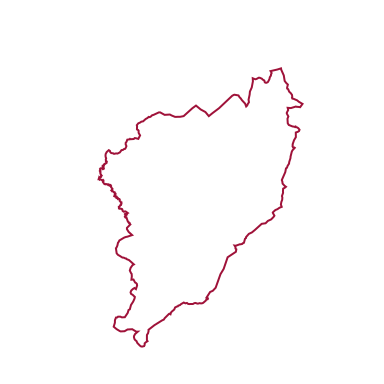 Upper West Akim, Eastern, Ghana, rotated 316°
{"feature_id": "2480657B98999442599484", "entity_name": "Upper West Akim", "entity_type": "district", "adm_level": 2, "iso_a3": "GHA", "parent_name": "Ghana", "parent_adm1": "Eastern", "projection": "mercator", "projection_center": [-0.558, 5.807], "detail": "fine", "context": "isolated", "style": "outline", "palette": "rose", "viewbox_px": 384, "rotation_deg": 316, "n_neighbors": 0, "source": "geoboundaries", "source_scale": "gbopen_adm2", "svg_char_len": 6031}
<svg xmlns="http://www.w3.org/2000/svg" viewBox="0 0 384 384"><g transform="rotate(316 192 192)"><path d="M129.3,279.9L129.8,278.6L129.3,278.0L135.6,276.5L138.3,277.5L142.5,277.3L155.4,270.9L161.4,269.3L172.3,263.7L182.0,265.5L184.1,264.0L184.0,262.9L185.0,261.8L185.4,260.1L186.1,261.0L190.2,262.9L190.6,263.4L192.2,264.3L192.8,264.1L194.1,264.6L197.6,262.5L198.9,262.6L199.5,262.0L203.8,261.6L207.0,262.7L210.8,263.0L220.0,263.3L223.2,265.6L226.5,265.5L229.9,266.7L233.3,266.6L234.8,266.3L235.7,263.0L236.4,262.8L239.5,262.9L241.5,263.7L244.0,264.1L246.2,265.0L247.2,262.8L249.4,261.2L251.4,260.3L253.1,258.8L253.9,257.4L256.9,255.9L258.0,254.6L259.9,252.9L261.7,253.4L263.2,253.5L262.9,251.8L263.0,248.9L264.2,247.3L264.9,245.8L272.9,242.5L276.0,240.3L277.2,240.5L278.9,239.6L281.5,239.0L282.7,238.0L286.4,236.0L287.5,235.0L291.8,232.3L293.3,231.8L296.6,231.6L296.5,231.0L295.7,230.1L295.8,229.8L296.1,228.9L297.2,228.1L297.5,227.6L301.4,225.6L304.8,224.7L308.0,221.3L309.9,222.2L311.3,222.5L312.6,221.9L312.8,219.9L312.4,218.3L311.7,217.4L311.9,216.9L311.2,216.8L311.1,216.3L309.8,214.6L308.2,211.0L308.6,209.1L311.6,205.6L313.8,204.6L314.7,201.4L315.3,200.8L318.2,199.8L319.3,197.9L321.4,200.3L326.1,202.7L326.3,203.2L327.9,205.0L328.7,206.1L332.7,205.4L331.5,201.2L331.3,199.1L329.6,195.1L329.1,194.6L329.4,193.6L330.2,193.2L331.4,191.6L331.7,189.5L331.6,187.3L332.6,184.8L332.3,183.7L332.9,183.0L335.6,181.3L335.5,179.0L335.8,176.5L339.0,171.9L341.1,166.1L341.9,164.9L338.5,163.2L332.5,159.6L332.0,161.6L331.5,162.0L330.6,162.2L329.6,163.1L327.7,163.5L326.1,164.6L323.4,165.5L322.7,165.6L321.9,165.3L321.1,164.9L320.6,163.9L320.7,163.3L321.4,162.2L321.4,161.6L320.9,160.2L321.0,159.1L320.1,156.9L319.3,156.1L317.6,155.7L316.1,155.1L315.7,154.6L314.7,152.4L312.7,154.7L307.6,158.3L303.4,160.0L301.1,162.0L296.8,164.9L295.3,167.0L293.1,167.5L291.8,168.1L290.4,168.1L291.6,165.3L291.7,160.7L292.1,158.4L292.0,157.1L292.5,154.8L290.1,151.5L289.5,151.2L287.8,150.7L269.6,150.5L261.5,149.5L256.8,149.1L257.2,143.8L255.6,138.7L254.9,132.6L250.5,132.0L238.7,131.6L235.9,129.8L232.0,126.2L230.5,122.8L229.9,120.9L225.9,117.5L224.4,112.6L223.4,111.7L217.9,109.8L216.6,109.1L214.8,109.1L214.0,108.9L213.2,108.4L213.0,107.9L211.2,107.8L209.4,107.3L205.9,107.2L204.4,106.2L202.9,106.0L201.1,105.3L198.7,105.6L198.2,106.5L196.0,108.6L195.9,109.0L196.3,110.0L196.2,110.8L195.0,112.0L194.5,112.9L194.0,115.2L190.3,116.5L188.9,114.2L188.2,113.4L186.9,113.4L184.4,111.3L184.3,110.7L183.6,110.7L181.8,109.4L179.8,110.4L178.4,110.6L177.2,111.9L177.1,112.7L176.6,113.5L175.0,114.2L173.9,114.5L172.7,113.8L171.8,113.8L171.1,113.5L170.4,112.9L167.6,113.4L165.1,112.6L164.2,111.5L162.4,110.4L162.1,109.3L161.4,108.5L160.9,107.6L160.9,106.5L161.5,105.4L161.2,104.1L158.4,104.0L156.3,104.7L155.3,105.5L154.2,106.8L153.7,108.1L152.7,108.6L151.7,109.8L151.8,110.4L151.3,110.3L151.2,110.5L151.5,111.1L150.9,111.7L149.2,111.5L148.8,111.1L148.3,111.3L147.8,111.0L147.5,111.1L147.3,111.6L146.9,111.8L146.8,111.5L146.5,111.5L146.1,112.1L145.8,111.9L145.9,111.3L145.8,111.1L145.6,111.2L145.2,112.7L145.1,113.7L144.8,114.0L143.7,113.7L143.6,112.6L143.8,112.3L143.3,112.1L142.6,111.4L141.8,111.5L141.3,112.5L140.6,112.7L140.8,113.2L140.5,113.5L140.1,113.4L139.8,113.8L139.9,114.2L138.8,115.2L138.6,116.6L138.0,117.0L138.2,117.5L137.5,117.6L137.2,117.9L136.8,118.0L136.3,117.6L135.9,117.7L136.0,117.3L135.8,117.1L135.4,117.6L135.1,117.5L135.2,117.1L133.8,117.9L134.4,118.4L134.1,119.0L134.7,119.2L135.0,119.6L135.4,120.7L135.4,121.4L136.4,121.5L136.4,122.0L135.9,122.3L135.9,122.7L134.8,123.1L134.5,125.5L135.1,125.8L135.3,126.6L135.7,126.7L136.3,127.2L136.3,128.1L137.3,128.5L137.5,129.3L137.9,129.8L137.4,129.9L137.9,130.4L138.0,131.0L137.5,131.2L137.8,131.7L137.1,132.4L137.0,134.4L136.3,134.6L136.3,135.0L135.8,135.3L135.1,135.0L135.0,136.0L135.6,136.4L135.6,137.7L136.2,138.4L135.9,139.0L135.9,139.8L135.2,139.8L135.2,140.3L134.7,140.2L134.5,140.5L133.9,140.6L133.8,140.9L133.2,141.1L133.4,141.5L134.4,141.7L134.4,141.9L133.8,142.5L134.5,143.1L134.4,143.3L133.6,143.9L134.1,144.4L133.9,145.0L134.5,144.9L134.5,146.1L134.9,146.6L134.8,147.2L134.2,147.5L133.8,148.2L134.0,149.2L133.5,150.0L134.0,150.5L133.1,151.5L132.5,151.5L131.9,152.0L131.3,151.6L129.7,152.2L129.1,151.8L128.0,153.1L128.3,153.8L129.3,154.6L129.5,155.4L129.8,155.6L129.8,156.1L129.0,157.3L129.0,157.8L129.2,158.5L130.7,159.8L131.2,162.5L130.4,162.3L129.6,162.5L129.2,162.0L129.2,162.7L128.3,162.2L128.3,162.9L127.2,162.8L126.5,163.1L126.4,164.2L127.2,164.7L125.3,168.7L125.6,169.3L125.2,169.9L125.1,170.4L125.6,171.0L125.5,171.3L125.1,171.4L125.1,172.5L120.3,172.6L119.4,173.5L118.7,176.7L119.0,181.4L114.4,179.2L113.2,178.4L111.6,177.7L106.1,176.4L104.4,177.0L103.5,177.1L101.1,178.7L98.9,179.6L98.2,179.6L95.2,183.8L95.1,185.9L95.6,187.5L96.4,190.8L97.3,191.8L97.9,193.5L98.4,194.0L98.4,195.0L99.4,197.2L99.9,203.7L98.4,203.3L95.2,203.9L92.7,205.3L91.8,208.0L91.7,209.0L90.1,210.9L87.5,213.0L89.1,214.3L88.2,217.5L88.5,218.4L88.5,219.8L87.6,221.1L84.2,222.9L83.9,221.1L82.0,220.7L79.8,220.7L78.1,221.5L77.4,222.9L77.9,224.8L78.0,227.8L76.5,228.8L73.5,230.0L69.6,230.9L65.8,233.2L64.4,232.8L61.8,234.3L56.7,235.4L54.5,233.5L53.8,231.8L52.2,230.3L51.1,230.3L50.1,229.5L47.5,230.7L45.7,232.5L42.1,234.5L42.5,238.3L43.4,241.7L43.8,242.7L46.8,245.3L50.1,246.1L53.7,249.2L54.9,253.8L56.0,254.8L52.4,254.6L50.1,255.4L49.3,256.2L48.4,258.0L48.3,259.1L48.5,260.7L47.8,262.6L47.8,266.4L48.1,267.8L48.8,268.6L50.5,269.6L51.6,269.2L52.8,268.0L54.3,268.0L56.4,268.4L56.6,267.3L60.1,263.7L60.6,263.4L62.2,263.1L64.1,261.9L65.0,260.9L72.5,261.7L81.4,263.6L83.1,264.2L84.7,263.8L90.8,263.7L91.3,263.9L91.6,265.0L93.2,264.1L94.4,264.0L97.6,264.2L99.6,263.3L101.6,263.9L102.4,264.4L103.2,264.2L104.8,265.0L106.1,265.0L109.3,265.8L109.9,267.5L111.3,268.3L111.5,269.9L112.3,270.8L114.9,273.2L116.2,273.5L117.2,274.0L117.8,274.9L118.3,276.0L119.0,276.6L120.2,277.2L121.1,278.4L122.0,279.1L123.0,279.5L126.4,279.7L127.8,279.3L128.6,280.0L129.3,279.9Z" fill="none" stroke="#9f1239" stroke-width="2"/></g></svg>